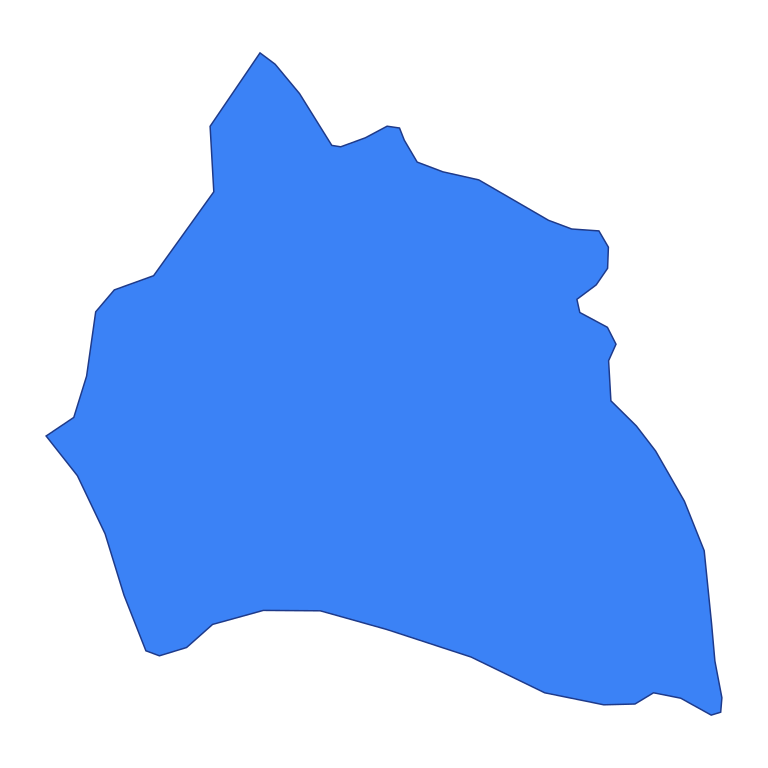 Valentín, Salto, Uruguay
{"feature_id": "84410073B27014613956982", "entity_name": "Valentín", "entity_type": "district", "adm_level": 2, "iso_a3": "URY", "parent_name": "Uruguay", "parent_adm1": "Salto", "projection": "mercator", "projection_center": [-57.163, -31.313], "detail": "fine", "context": "isolated", "style": "filled", "palette": "blue", "viewbox_px": 768, "rotation_deg": 0, "n_neighbors": 0, "source": "geoboundaries", "source_scale": "gbopen_adm2", "svg_char_len": 819}
<svg xmlns="http://www.w3.org/2000/svg" viewBox="0 0 768 768"><path d="M46.1,436.0L77.4,475.7L105.1,533.8L124.0,595.2L145.9,650.8L159.4,655.8L186.6,647.5L212.6,624.4L263.3,610.4L320.2,610.8L386.5,629.4L471.0,657.0L544.7,692.8L603.7,704.8L635.0,704.0L653.5,692.8L680.7,698.2L711.2,715.1L720.7,712.2L721.9,697.8L714.9,661.1L711.6,624.0L704.2,550.7L684.4,501.2L655.6,451.0L636.4,426.0L610.9,400.8L608.6,360.7L616.0,344.2L607.4,327.3L579.8,312.5L576.9,299.3L596.2,284.9L607.6,268.3L608.4,247.2L598.9,230.9L571.7,229.0L548.5,220.3L478.8,179.9L442.8,171.8L417.2,162.1L404.3,140.2L399.5,128.0L387.1,126.2L365.3,137.8L340.7,146.8L331.8,145.4L299.6,93.7L275.1,64.2L260.0,52.9L210.1,126.3L213.8,191.8L153.6,275.7L114.3,289.9L95.7,311.8L86.6,376.1L73.8,417.4L46.1,436.0Z" fill="#3b82f6" stroke="#1e3a8a" stroke-width="1.5"/></svg>